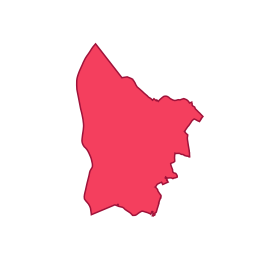 Hellevoetsluis, Zuid-Holland, Netherlands (Albers equal-area conic projection), rotated 63°
{"feature_id": "6326949B52767007773218", "entity_name": "Hellevoetsluis", "entity_type": "district", "adm_level": 2, "iso_a3": "NLD", "parent_name": "Netherlands", "parent_adm1": "Zuid-Holland", "projection": "albers", "projection_center": [4.166, 51.836], "detail": "fine", "context": "isolated", "style": "filled", "palette": "rose", "viewbox_px": 256, "rotation_deg": 63, "n_neighbors": 0, "source": "geoboundaries", "source_scale": "gbopen_adm2", "svg_char_len": 5375}
<svg xmlns="http://www.w3.org/2000/svg" viewBox="0 0 256 256"><g transform="rotate(63 128 128)"><path d="M151.8,56.0L151.4,56.1L150.8,56.3L148.2,57.1L146.8,57.5L146.5,57.7L145.2,58.1L141.5,59.3L141.3,59.3L141.2,59.3L139.9,59.1L139.6,59.1L137.8,60.2L137.3,60.5L137.2,60.5L136.7,60.4L135.3,59.8L135.0,59.7L134.8,59.7L134.7,59.7L134.4,59.7L134.1,59.6L133.9,59.5L133.8,60.4L133.8,60.9L133.7,61.5L133.6,61.9L133.0,61.9L132.7,61.9L132.0,62.0L131.3,62.2L130.8,62.3L130.4,62.5L129.5,62.9L129.0,63.3L128.5,63.7L127.4,64.7L127.2,64.9L127.1,65.1L127.1,65.3L126.9,66.3L126.7,67.6L126.7,67.9L126.6,68.7L126.6,68.8L125.8,70.1L125.7,70.2L125.5,70.9L125.4,71.2L125.3,71.7L125.3,72.1L125.2,72.6L124.9,73.3L124.7,73.9L124.4,74.2L124.3,74.4L123.8,74.9L123.3,75.4L122.9,75.7L121.7,76.5L121.0,77.0L120.5,77.2L120.2,77.4L119.8,77.5L119.1,77.8L118.6,78.1L118.3,78.3L117.5,78.9L117.3,79.1L117.1,79.4L116.8,79.9L116.6,80.2L116.5,80.5L116.4,80.7L116.3,81.0L116.2,81.3L116.2,81.8L116.1,82.1L116.2,82.4L116.3,83.1L116.6,84.5L116.7,84.8L116.7,85.0L117.3,87.1L118.0,89.0L117.3,89.2L116.1,89.6L116.4,90.3L116.5,90.5L113.7,91.6L114.4,93.5L111.9,94.4L109.9,95.7L108.3,96.2L107.8,96.3L107.7,96.4L104.3,97.8L102.3,98.5L98.0,100.2L95.6,101.2L93.1,101.4L90.9,101.3L88.6,101.5L87.0,101.8L86.8,101.7L86.3,102.0L85.3,102.7L82.1,105.5L80.8,109.4L80.6,109.9L80.6,110.1L80.5,110.6L38.3,118.7L39.8,122.3L40.8,124.2L43.1,128.1L44.5,130.7L45.2,132.1L46.5,134.3L47.8,136.1L49.2,138.0L50.9,140.0L52.0,141.4L54.8,144.9L56.1,146.4L57.6,148.0L59.0,149.4L60.7,150.9L62.6,152.2L66.6,154.3L68.4,155.1L70.4,156.0L74.5,157.2L78.4,158.3L89.5,161.5L93.5,162.4L95.8,163.0L99.9,164.2L104.0,165.7L106.0,166.6L107.8,167.7L109.7,168.9L113.3,171.5L116.9,173.9L118.6,174.9L120.5,175.5L122.6,175.7L124.8,175.5L126.4,174.9L128.4,174.4L130.4,174.2L132.7,174.2L136.3,174.4L138.7,174.7L141.5,175.4L143.8,176.0L145.9,177.0L146.9,177.9L147.8,179.4L149.0,181.2L150.1,182.3L151.4,183.3L153.1,184.7L154.7,186.1L156.3,187.5L157.9,188.9L159.4,190.2L162.7,192.9L164.4,194.3L165.9,195.6L167.6,197.0L169.4,198.2L171.4,199.0L173.6,198.7L175.6,198.2L177.8,197.7L180.1,197.6L182.3,197.8L186.2,199.1L188.1,199.8L188.6,200.0L190.5,174.6L192.5,172.8L192.5,172.5L192.4,172.3L192.1,172.2L191.8,172.1L191.5,172.1L191.4,171.7L191.5,171.6L191.9,171.9L192.0,171.7L192.3,171.9L193.2,172.2L193.3,172.2L195.7,169.4L196.1,168.9L196.9,168.4L197.4,168.2L197.7,168.0L198.6,167.8L199.4,167.5L202.1,166.0L202.5,165.7L203.5,165.2L203.9,164.9L205.3,164.3L205.7,164.2L206.5,163.9L207.9,163.6L208.0,163.5L208.8,161.8L209.0,161.3L209.0,161.0L209.1,160.7L209.1,160.0L209.1,159.7L208.8,158.3L208.6,157.0L208.5,156.4L208.4,155.0L208.4,154.4L208.4,153.8L208.5,153.4L208.6,153.1L208.7,152.9L208.9,152.6L209.6,151.8L210.0,151.4L210.2,151.2L212.4,148.9L214.2,147.4L214.9,146.9L215.2,146.8L213.6,145.0L213.9,144.8L213.6,144.5L213.4,144.4L213.6,144.0L213.7,143.9L214.6,144.9L215.6,144.2L217.3,146.1L217.5,145.8L217.4,145.8L217.7,144.2L217.7,143.9L217.7,143.6L217.5,143.4L216.1,142.6L216.0,142.4L215.9,142.2L216.0,142.1L215.9,141.7L216.0,141.6L216.0,141.4L215.9,141.2L215.7,140.9L213.0,138.4L212.2,137.6L211.6,137.0L209.4,134.9L209.2,134.7L209.1,134.9L208.8,134.8L207.0,132.9L206.7,132.6L204.9,130.7L205.0,130.7L204.8,130.5L205.0,130.4L204.5,130.0L203.9,129.6L203.0,129.2L202.9,129.2L202.8,129.3L199.4,129.8L197.8,129.9L197.5,129.9L197.3,129.9L196.4,129.6L196.2,129.6L193.2,130.3L193.1,130.2L193.0,130.3L193.0,130.2L191.8,128.2L191.4,127.5L191.4,127.4L191.4,125.1L191.4,124.1L191.5,123.5L191.6,122.7L194.1,122.7L194.4,116.8L193.8,116.9L192.4,117.2L192.4,116.9L192.3,116.6L190.7,116.9L190.1,117.2L189.4,117.5L188.7,116.7L189.7,116.2L190.3,115.8L190.6,115.5L190.8,115.1L191.0,114.3L191.6,113.1L191.8,112.6L192.1,112.2L192.3,111.9L192.4,111.7L193.0,111.4L193.3,111.2L193.5,110.8L193.5,110.6L193.5,110.2L193.4,109.9L193.4,109.7L193.6,109.3L193.7,109.2L193.8,108.8L194.0,107.5L194.1,106.5L193.9,106.3L193.5,106.1L192.8,105.9L192.5,105.8L192.3,105.8L191.8,105.9L191.0,105.9L190.7,106.0L190.2,106.1L190.0,106.3L189.8,106.4L189.3,107.1L188.9,107.4L187.9,107.9L187.6,107.9L187.2,108.0L187.0,107.9L186.0,107.5L185.4,107.2L184.4,107.1L182.4,106.9L180.3,106.6L179.0,106.1L179.0,105.0L179.2,103.5L179.2,103.2L179.1,102.9L179.1,102.6L179.1,102.2L179.1,101.9L178.8,101.4L178.1,101.1L176.7,100.5L176.2,100.3L175.5,100.0L175.2,99.8L173.7,98.9L173.3,98.7L173.1,98.5L172.9,98.4L172.5,98.0L171.8,97.6L172.4,97.0L172.5,96.8L172.6,96.6L172.6,96.4L172.8,96.0L173.5,94.6L173.9,93.8L174.2,93.5L175.2,92.8L175.8,92.3L176.2,91.6L176.6,91.1L176.8,90.8L177.1,90.6L177.7,90.4L177.8,90.3L178.1,90.2L178.3,89.9L179.3,88.9L179.5,88.7L180.0,87.9L180.2,87.6L180.6,87.2L180.8,87.1L181.9,86.4L182.1,86.4L182.3,86.5L181.6,86.1L180.9,85.8L179.5,85.2L177.9,84.4L177.4,84.3L177.1,84.2L176.5,84.0L175.9,83.7L175.2,83.5L172.0,82.5L171.0,82.2L165.3,80.3L164.6,80.0L163.7,79.6L162.7,78.9L162.5,78.7L162.3,78.6L162.0,78.5L161.8,78.4L161.4,77.9L160.5,78.2L159.2,78.7L157.8,79.1L157.6,79.1L157.4,78.9L157.1,79.0L156.6,79.2L156.5,78.8L156.2,78.3L155.2,76.5L153.7,73.7L153.7,73.3L153.4,72.7L152.2,70.5L151.4,69.1L151.3,68.9L151.2,68.8L150.8,68.1L150.6,67.7L150.5,67.4L150.4,67.0L150.3,66.7L150.0,65.2L150.1,64.9L150.2,64.7L150.4,64.6L150.9,64.2L151.1,64.1L151.5,63.7L152.5,63.1L153.6,62.3L153.8,62.1L154.4,61.6L154.7,61.4L154.4,60.8L154.3,60.6L152.9,58.2L152.7,58.3L151.8,56.0Z" fill="#f43f5e" stroke="#9f1239" stroke-width="1.5"/></g></svg>